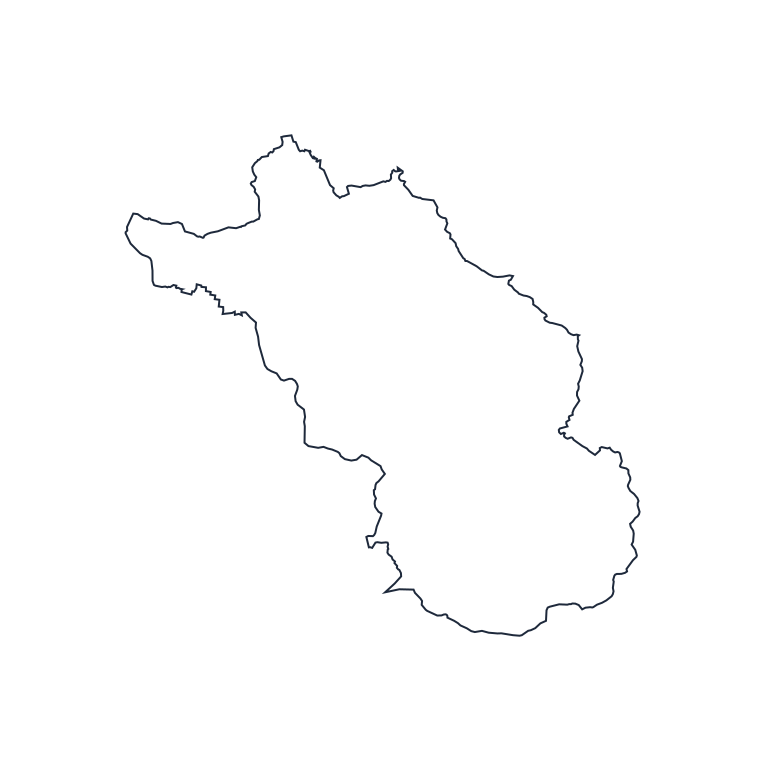 Tlapacoya, Puebla, Mexico (Equal Earth projection), rotated 286°
{"feature_id": "50627088B8286013017465", "entity_name": "Tlapacoya", "entity_type": "district", "adm_level": 2, "iso_a3": "MEX", "parent_name": "Mexico", "parent_adm1": "Puebla", "projection": "equal_earth", "projection_center": [-97.834, 20.137], "detail": "fine", "context": "isolated", "style": "outline", "palette": "slate", "viewbox_px": 768, "rotation_deg": 286, "n_neighbors": 0, "source": "geoboundaries", "source_scale": "gbopen_adm2", "svg_char_len": 6149}
<svg xmlns="http://www.w3.org/2000/svg" viewBox="0 0 768 768"><g transform="rotate(286 384 384)"><path d="M383.0,628.5L383.0,627.1L381.9,625.0L382.3,622.9L383.4,620.4L385.0,618.5L383.7,616.6L383.4,610.7L381.9,609.1L379.7,609.9L374.0,606.4L376.3,599.3L377.9,596.9L379.0,591.8L382.6,581.7L384.2,580.0L384.2,578.5L382.0,575.6L382.3,573.5L383.2,571.6L384.9,571.1L386.4,571.5L386.7,570.3L384.7,567.8L385.8,565.7L388.0,564.7L389.7,565.3L393.8,572.1L396.1,570.2L397.9,569.7L400.6,572.2L403.0,570.8L404.0,570.9L406.4,573.9L408.4,573.1L412.4,573.4L421.8,576.4L426.1,572.7L429.5,571.8L432.6,572.4L435.3,571.9L437.7,570.5L441.4,571.2L451.1,571.4L454.3,570.0L456.5,567.5L460.5,567.9L462.5,567.4L468.8,561.9L473.6,559.3L479.3,559.0L480.3,558.1L483.4,557.1L484.6,558.0L484.6,555.6L483.2,552.7L483.4,550.1L484.3,547.2L486.6,544.9L487.8,542.8L489.2,538.7L489.0,529.0L488.6,526.4L489.5,521.7L490.6,520.4L492.0,519.9L493.9,521.7L495.3,520.9L496.5,518.2L496.7,516.3L499.7,511.0L501.6,505.5L503.9,504.9L506.7,503.4L507.7,500.2L507.9,496.9L507.5,493.7L508.0,488.6L508.8,487.8L510.6,483.2L513.3,479.7L513.7,477.0L514.5,475.9L517.8,475.6L519.2,477.2L523.3,478.2L523.0,474.7L520.0,468.8L518.1,463.5L517.5,459.5L518.3,454.6L520.3,448.5L520.2,446.9L522.7,440.6L525.1,430.0L524.7,428.3L526.4,427.0L526.8,425.5L532.4,419.1L534.3,418.0L536.3,415.5L539.1,414.0L541.9,409.4L542.1,407.5L546.1,406.7L547.1,405.7L547.7,402.7L549.3,400.1L555.9,400.6L557.4,399.3L559.4,398.6L560.3,397.4L560.0,394.7L560.4,392.2L561.5,389.7L563.0,388.1L565.3,386.9L568.5,386.7L574.2,381.0L572.4,369.8L573.1,367.2L572.6,366.4L572.7,359.7L577.4,353.9L580.6,348.4L581.7,348.0L584.2,348.6L584.6,347.3L584.1,344.4L585.0,342.6L586.2,341.6L588.4,341.3L589.9,341.8L592.1,343.7L593.6,343.4L595.7,337.6L594.0,338.3L593.0,339.9L591.6,336.9L591.6,336.0L592.4,334.3L590.8,333.2L589.4,333.7L587.2,332.9L583.8,334.1L582.2,333.8L580.4,332.6L580.1,330.9L578.7,329.7L578.6,327.5L572.3,319.2L570.5,315.3L569.8,311.5L568.5,308.9L566.8,307.3L565.8,298.1L564.5,294.9L563.1,294.1L557.2,297.8L553.5,293.6L552.9,292.0L550.7,290.2L551.5,288.9L552.2,286.2L554.4,282.7L556.0,281.8L558.3,281.7L560.3,277.3L572.9,267.3L574.3,262.6L581.6,261.3L581.1,260.0L579.3,258.6L579.4,257.7L581.9,257.5L582.3,255.4L583.1,253.9L582.8,253.8L581.5,256.2L581.5,253.4L583.9,250.5L586.5,248.3L587.1,249.3L587.8,248.7L587.2,247.8L587.4,243.5L585.8,243.3L585.8,241.1L584.6,239.2L585.6,237.6L592.2,232.5L592.0,230.1L597.5,226.5L594.4,219.4L593.0,217.2L588.8,219.8L585.6,220.3L582.7,218.3L579.4,213.4L577.4,213.6L575.8,212.8L575.8,211.1L573.8,209.6L571.1,209.6L568.5,204.0L565.2,202.3L564.6,201.0L563.3,200.8L560.7,199.0L556.0,197.6L552.2,199.3L549.5,201.6L547.6,204.2L543.5,203.9L541.6,201.1L539.9,200.7L538.7,201.8L537.6,204.4L535.5,206.5L533.2,206.7L529.6,211.6L526.2,213.3L516.9,215.7L511.8,218.2L508.1,218.2L507.5,217.0L504.1,213.6L503.7,212.2L501.4,209.2L500.1,207.7L498.2,206.9L496.3,203.5L495.5,203.2L495.5,202.5L493.0,198.9L491.7,191.3L485.0,182.2L481.7,175.8L479.7,173.0L477.2,170.6L475.0,170.2L474.6,169.6L475.0,166.2L474.4,164.9L474.4,163.6L475.9,159.8L475.8,150.6L482.1,145.7L482.8,141.3L480.6,136.8L479.0,134.7L476.9,126.0L478.0,119.8L477.8,114.5L478.6,113.3L478.4,112.1L477.2,111.8L476.9,107.7L479.4,100.4L478.7,96.0L464.1,93.7L460.7,94.9L458.7,93.8L457.6,94.1L449.1,101.7L442.5,113.4L441.6,116.2L441.2,121.9L440.3,124.6L438.1,126.5L429.2,130.2L419.3,133.1L415.9,135.5L415.5,137.1L416.0,143.8L417.4,146.9L417.2,149.2L418.0,150.0L418.3,151.9L421.1,154.3L421.3,157.3L419.3,157.4L419.0,158.1L419.8,160.0L419.3,161.6L419.5,163.8L419.2,163.4L416.6,164.0L416.9,174.2L420.3,174.2L420.3,176.0L424.3,177.2L428.2,176.5L428.3,181.2L427.0,181.8L427.9,186.2L424.2,187.2L424.7,192.0L422.0,192.4L422.6,197.4L418.9,197.9L419.6,202.6L412.9,203.8L413.6,208.2L410.2,209.3L406.8,209.6L410.4,218.4L412.4,220.6L409.4,221.6L411.4,225.2L410.8,228.4L413.5,227.1L414.7,231.3L410.9,237.4L407.8,244.0L402.6,245.1L394.8,249.9L387.0,253.2L369.0,264.4L366.3,267.8L365.2,272.2L364.6,277.9L359.9,283.6L359.7,286.9L362.8,291.4L363.6,294.2L362.5,297.7L360.0,300.4L357.9,301.8L354.7,302.2L348.0,301.7L343.1,303.8L340.3,306.7L337.4,314.1L330.6,317.2L325.6,317.6L321.6,319.5L305.6,323.8L303.5,328.5L304.5,338.3L306.9,343.2L306.5,347.8L306.7,352.2L306.0,358.3L305.2,360.2L302.8,362.3L301.0,367.1L301.4,373.7L303.7,378.5L309.6,382.4L308.9,389.3L307.1,392.6L304.1,403.3L301.2,405.4L297.8,409.6L288.9,405.6L286.7,404.0L284.6,403.7L280.4,404.4L279.1,403.5L275.0,404.9L271.8,407.8L268.9,407.5L266.3,408.0L263.3,409.5L259.7,413.9L258.8,417.3L256.6,417.5L245.0,416.3L238.4,416.7L236.2,416.2L234.7,415.3L233.6,410.8L232.1,409.2L222.8,414.5L223.3,415.7L223.2,417.8L229.2,419.5L230.1,421.2L230.6,425.2L232.3,429.5L232.5,431.2L231.0,432.2L228.6,432.3L226.6,433.6L226.0,433.2L222.8,433.8L221.3,435.5L220.1,438.9L217.7,440.6L216.4,443.5L214.8,443.4L212.7,446.8L210.9,447.0L209.7,448.8L209.5,450.0L206.9,452.4L203.8,453.5L195.2,449.3L184.1,442.5L190.9,455.3L194.5,469.1L191.8,471.3L187.8,478.2L185.9,480.4L182.1,481.1L178.5,486.3L177.8,488.1L176.1,499.0L177.4,503.1L178.9,505.0L179.6,506.8L179.4,507.9L178.6,508.8L176.9,509.4L175.7,516.7L174.5,521.0L173.0,524.0L172.0,530.9L170.5,536.0L170.6,539.7L173.7,546.2L173.8,553.2L175.5,561.9L176.7,565.6L178.1,577.2L179.4,583.7L180.5,585.7L186.5,590.6L187.8,593.0L191.0,596.7L197.0,600.3L201.0,605.0L211.3,602.6L214.2,603.0L215.6,604.7L220.5,613.1L222.4,621.0L223.5,622.8L223.9,624.4L224.9,625.5L225.6,628.4L225.2,632.1L222.0,636.6L224.5,639.3L226.3,643.7L226.6,645.8L227.2,646.7L230.6,649.6L233.8,653.9L237.3,657.4L242.7,661.3L245.0,661.9L248.0,661.8L251.1,660.2L257.4,659.3L258.8,658.3L263.2,658.3L264.5,658.8L265.6,660.2L266.9,664.5L268.9,667.7L270.8,669.3L273.0,668.1L283.3,671.9L287.4,674.3L288.9,674.3L293.9,671.2L297.9,666.3L301.1,666.9L309.0,665.3L311.8,663.9L314.8,660.5L317.4,659.1L320.2,660.9L324.5,662.5L326.8,664.3L329.2,665.0L331.6,664.9L337.1,661.3L339.4,660.7L341.7,660.9L344.2,659.0L347.2,654.7L349.0,650.3L351.5,647.7L353.1,646.5L354.5,646.4L359.8,647.2L362.1,646.4L365.4,643.6L368.6,642.6L369.6,640.3L369.4,635.5L369.5,634.2L370.2,633.4L375.4,633.9L382.4,629.8L383.0,628.5Z" fill="none" stroke="#1e293b" stroke-width="2"/></g></svg>